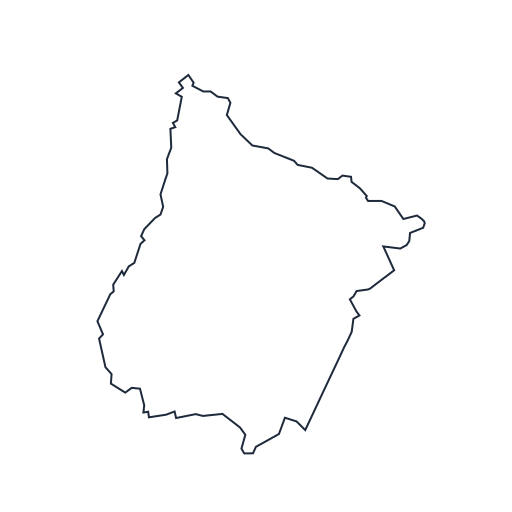 Berkeley, South Carolina, United States of America (Mercator projection), rotated 257°
{"feature_id": "52423323B42356104193293", "entity_name": "Berkeley", "entity_type": "district", "adm_level": 2, "iso_a3": "USA", "parent_name": "United States of America", "parent_adm1": "South Carolina", "projection": "mercator", "projection_center": [-79.914, 33.162], "detail": "fine", "context": "isolated", "style": "outline", "palette": "slate", "viewbox_px": 512, "rotation_deg": 257, "n_neighbors": 0, "source": "geoboundaries", "source_scale": "gbopen_adm2", "svg_char_len": 1552}
<svg xmlns="http://www.w3.org/2000/svg" viewBox="0 0 512 512"><g transform="rotate(257 256 256)"><path d="M447.6,230.8L442.5,219.9L436.2,222.6L432.5,214.5L427.8,219.5L405.8,209.7L404.4,205.0L399.7,206.3L399.2,201.2L380.6,197.8L370.4,191.0L356.5,188.3L351.1,184.9L337.5,176.8L324.8,176.6L317.9,172.3L315.8,166.3L307.3,153.2L301.2,148.5L296.4,150.9L293.8,146.2L276.7,135.9L274.5,129.7L267.2,123.0L271.5,122.0L260.2,110.4L253.5,109.4L251.6,105.5L228.1,86.8L214.1,89.3L210.8,84.5L181.5,84.3L173.4,88.7L164.3,85.9L152.3,97.9L155.5,105.2L152.8,113.1L135.7,113.5L128.8,111.1L128.5,115.9L122.9,115.4L121.6,132.6L122.8,141.7L116.1,141.7L115.5,161.7L112.1,168.3L109.7,187.8L92.6,201.8L84.2,205.4L71.6,198.5L66.3,200.1L64.4,208.7L70.1,213.0L77.4,238.3L91.9,247.8L85.7,258.3L75.3,264.8L94.5,279.9L110.7,292.6L139.2,315.1L147.2,321.3L153.4,326.6L160.6,332.2L172.9,336.8L174.8,343.4L179.4,341.4L192.7,337.7L194.7,341.9L199.2,346.1L198.2,357.6L198.6,359.9L200.6,364.3L201.8,366.9L206.2,376.6L206.2,376.8L208.7,382.3L211.0,387.4L218.3,385.9L221.9,385.2L236.7,382.2L230.8,398.3L232.8,405.3L236.1,408.7L243.8,411.3L245.9,425.2L249.8,427.7L251.8,427.7L255.2,425.6L259.2,422.0L258.9,407.9L273.1,402.3L281.5,390.5L284.4,377.6L288.1,376.2L289.5,377.4L298.7,372.4L306.7,365.8L311.8,366.4L314.9,358.3L312.5,353.1L315.4,343.1L329.4,330.4L335.4,317.1L340.2,314.5L352.2,297.1L358.1,292.1L364.5,277.3L378.2,268.3L399.9,259.3L411.0,265.5L416.2,264.1L419.9,254.4L426.5,248.8L428.2,241.6L436.2,232.3L438.9,234.2L447.6,230.8Z" fill="none" stroke="#1e293b" stroke-width="2"/></g></svg>